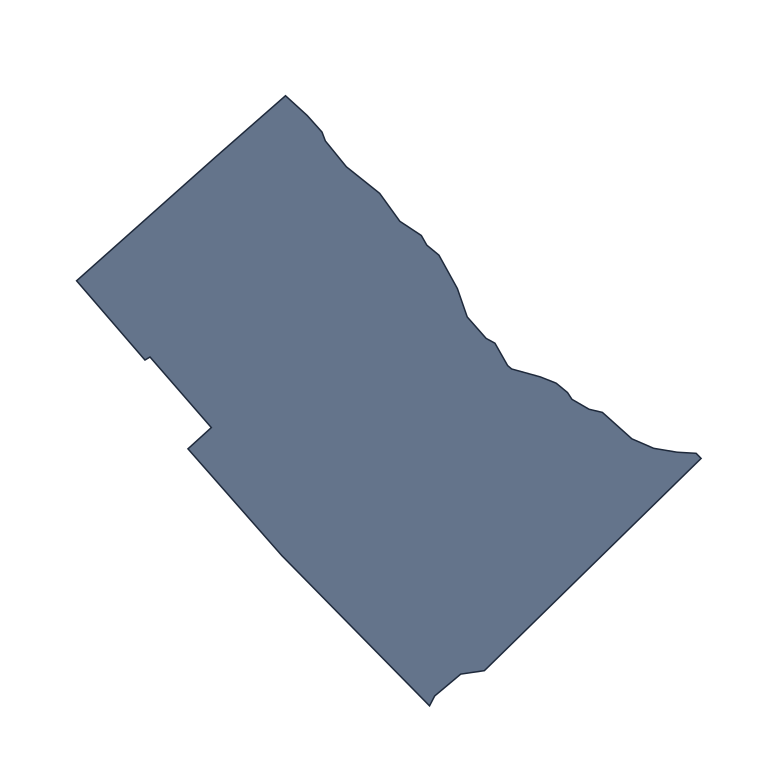 the district of Wayne, New York, United States of America, rotated 49°
{"feature_id": "52423323B87116435053012", "entity_name": "Wayne", "entity_type": "district", "adm_level": 2, "iso_a3": "USA", "parent_name": "United States of America", "parent_adm1": "New York", "projection": "orthographic", "projection_center": [-77.012, 43.178], "detail": "fine", "context": "isolated", "style": "filled", "palette": "slate", "viewbox_px": 768, "rotation_deg": 49, "n_neighbors": 0, "source": "geoboundaries", "source_scale": "gbopen_adm2", "svg_char_len": 638}
<svg xmlns="http://www.w3.org/2000/svg" viewBox="0 0 768 768"><g transform="rotate(49 384 384)"><path d="M656.8,560.8L652.7,550.4L653.3,516.4L666.2,496.3L648.2,193.5L641.1,193.9L627.7,207.6L609.4,222.7L588.0,232.9L548.7,237.8L537.6,245.8L518.9,252.2L510.9,251.1L496.4,253.5L481.3,261.3L456.4,277.8L451.2,278.6L426.0,273.5L416.6,277.0L388.0,277.2L360.1,266.0L322.8,258.0L307.3,260.6L296.4,258.4L271.6,265.3L237.3,262.2L195.4,269.9L162.1,268.8L153.2,265.5L131.1,265.8L101.8,269.2L102.2,362.5L104.4,548.3L209.1,548.7L210.1,542.9L303.6,542.9L304.3,574.5L446.7,573.7L656.8,560.8Z" fill="#64748b" stroke="#1e293b" stroke-width="1.5"/></g></svg>